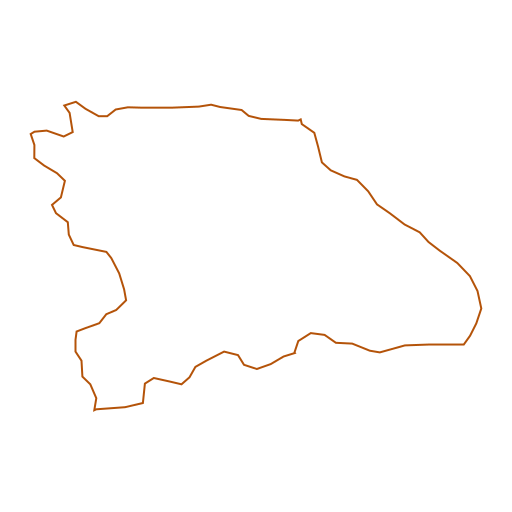 Uppvidinge, Kronoberg, Sweden (Robinson projection)
{"feature_id": "70781695B81795147571937", "entity_name": "Uppvidinge", "entity_type": "district", "adm_level": 2, "iso_a3": "SWE", "parent_name": "Sweden", "parent_adm1": "Kronoberg", "projection": "robinson", "projection_center": [15.412, 57.055], "detail": "fine", "context": "isolated", "style": "outline", "palette": "amber", "viewbox_px": 512, "rotation_deg": 0, "n_neighbors": 0, "source": "geoboundaries", "source_scale": "gbopen_adm2", "svg_char_len": 1342}
<svg xmlns="http://www.w3.org/2000/svg" viewBox="0 0 512 512"><path d="M418.7,231.8L404.6,224.5L389.6,213.1L377.0,204.4L368.2,191.3L357.0,179.9L344.4,176.4L330.7,170.3L321.9,162.4L318.1,146.7L314.3,132.8L301.8,124.1L300.7,119.4L298.2,120.6L285.0,119.9L261.2,118.9L248.7,115.9L241.6,110.0L220.1,107.0L211.1,104.7L198.9,106.6L171.3,107.7L142.7,107.7L127.9,107.3L115.7,109.5L107.2,116.2L98.7,116.2L85.5,108.8L75.9,101.8L64.3,105.5L69.6,112.9L72.7,132.1L63.7,136.5L46.7,130.6L34.5,131.7L30.7,134.0L34.4,145.0L34.3,158.1L44.2,165.6L57.0,173.2L64.9,180.8L60.9,197.4L52.0,204.9L56.0,213.2L67.8,222.2L68.8,234.6L73.7,245.0L82.6,247.1L106.4,251.9L111.3,258.1L119.2,273.4L124.1,289.3L126.1,300.3L116.2,310.0L106.3,314.2L99.3,323.2L85.5,328.1L76.6,331.5L75.5,339.8L75.5,351.6L81.5,360.7L82.4,376.6L90.3,384.3L96.3,398.2L94.3,410.2L96.3,409.3L125.0,407.2L142.9,403.0L144.9,383.6L153.8,378.0L169.6,381.5L181.5,384.3L189.5,377.3L195.4,366.9L206.3,360.7L224.1,351.6L238.0,355.1L244.0,364.8L256.8,369.0L270.7,364.1L283.6,356.5L294.9,353.0L294.5,352.4L298.3,341.0L310.8,333.1L324.6,334.9L335.9,342.8L352.2,343.6L369.8,350.7L379.8,352.4L404.9,345.4L430.0,344.5L445.0,344.5L463.8,344.5L470.1,335.7L476.3,323.4L481.3,308.5L477.5,291.0L469.9,276.1L457.3,263.0L439.8,250.7L428.5,242.0L419.7,232.3L418.7,231.8Z" fill="none" stroke="#b45309" stroke-width="2"/></svg>